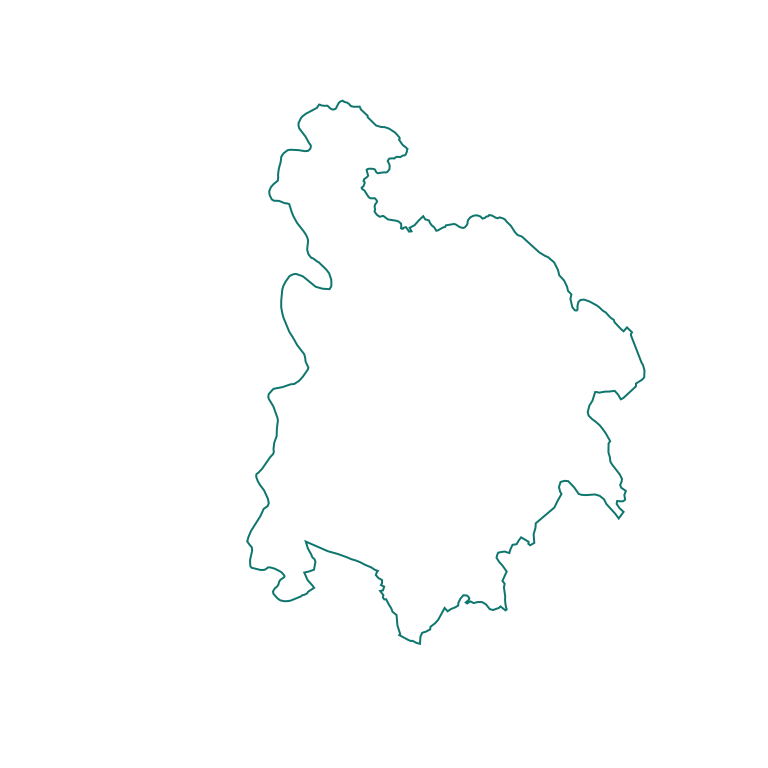 Zozocolco de Hidalgo, Veracruz, Mexico (Equal Earth projection), rotated 139°
{"feature_id": "50627088B61814303720147", "entity_name": "Zozocolco de Hidalgo", "entity_type": "district", "adm_level": 2, "iso_a3": "MEX", "parent_name": "Mexico", "parent_adm1": "Veracruz", "projection": "equal_earth", "projection_center": [-97.559, 20.128], "detail": "fine", "context": "isolated", "style": "outline", "palette": "teal", "viewbox_px": 768, "rotation_deg": 139, "n_neighbors": 0, "source": "geoboundaries", "source_scale": "gbopen_adm2", "svg_char_len": 6166}
<svg xmlns="http://www.w3.org/2000/svg" viewBox="0 0 768 768"><g transform="rotate(139 384 384)"><path d="M212.1,545.9L212.4,549.1L213.0,551.3L213.0,553.4L212.4,558.5L211.1,558.9L210.6,560.0L210.6,566.3L212.7,573.6L215.0,577.4L217.6,579.9L220.4,584.3L221.3,596.0L220.4,597.1L221.3,606.3L220.4,609.3L224.8,612.9L226.7,615.5L226.7,618.4L227.2,620.5L229.0,623.1L228.9,623.8L229.5,625.1L232.0,625.9L234.1,625.7L239.3,623.6L240.4,623.6L242.5,624.5L243.7,626.9L244.1,631.1L246.3,632.9L248.6,635.4L248.9,636.5L249.7,637.5L253.4,636.4L265.5,639.2L270.1,639.5L272.1,639.2L277.3,637.0L278.9,635.3L280.3,632.5L280.9,622.5L282.5,614.9L282.7,612.1L283.9,610.8L285.3,609.9L288.5,609.8L291.0,611.7L295.0,616.5L300.9,622.2L303.4,623.7L308.7,624.0L312.4,622.9L316.5,619.2L321.4,616.0L324.0,613.9L326.7,611.4L328.3,609.3L330.8,607.1L336.1,607.3L340.1,606.8L344.0,604.9L345.8,602.6L346.6,600.9L347.6,596.9L346.8,594.5L343.1,591.1L340.2,585.4L338.7,584.0L337.5,581.9L341.2,573.5L342.4,569.8L343.9,562.7L344.5,551.6L345.1,547.2L345.7,545.3L346.7,542.8L347.8,541.4L353.7,536.0L355.6,532.3L356.0,530.6L356.1,526.9L355.1,525.3L354.1,520.3L353.4,518.8L352.5,508.0L352.8,503.5L355.4,497.3L358.4,493.6L360.0,492.2L362.9,491.3L368.0,496.4L371.8,502.3L374.5,518.1L375.5,520.2L378.2,524.8L379.9,526.0L382.3,527.0L384.7,527.4L391.5,525.7L395.3,524.2L398.7,522.1L407.0,514.2L411.2,509.4L414.4,504.0L416.4,499.9L421.2,485.6L422.2,479.0L424.0,470.3L424.7,458.7L426.4,455.3L427.8,453.4L428.7,451.7L430.2,446.1L431.7,445.0L434.8,444.2L440.3,442.8L445.9,442.1L451.7,442.9L454.8,445.1L462.8,448.3L470.1,452.6L471.4,452.8L477.6,452.0L479.8,450.2L480.7,448.3L482.2,439.7L486.6,428.4L488.1,426.0L494.0,420.7L499.2,415.1L505.2,411.8L510.0,407.5L511.6,405.1L513.5,403.9L517.9,403.5L531.1,400.1L537.0,399.4L539.0,399.7L540.1,399.2L541.4,397.6L543.0,393.5L543.8,389.5L544.3,382.4L546.9,373.6L549.2,369.6L551.8,368.2L556.7,368.7L563.9,365.4L580.6,360.4L586.6,357.5L590.5,354.9L590.9,350.9L590.9,347.5L592.7,344.8L600.4,339.2L604.0,334.8L604.5,333.6L604.5,332.2L599.2,324.7L597.9,323.5L596.4,322.4L595.3,321.9L591.8,321.6L590.2,320.2L587.7,316.5L585.2,310.3L584.8,308.5L584.9,305.2L585.2,304.2L586.0,303.7L590.9,304.2L592.9,303.5L595.3,301.9L597.3,301.3L600.5,301.4L603.8,300.3L605.1,298.3L605.0,292.0L604.2,288.7L602.0,285.8L600.3,284.2L596.9,281.9L586.1,278.2L584.3,278.2L582.3,277.1L580.3,276.6L579.0,276.5L577.5,277.0L570.4,276.0L570.2,279.3L570.3,286.2L567.9,294.0L563.6,291.7L558.7,289.8L552.3,294.9L551.4,297.4L551.8,300.1L550.7,303.3L549.3,309.9L546.4,316.4L536.1,294.7L530.3,285.9L525.2,276.7L523.7,273.4L521.0,269.2L518.9,265.1L516.8,259.7L514.0,254.1L512.8,249.8L511.3,247.0L513.0,246.6L515.5,245.2L515.5,241.2L514.1,237.3L516.1,235.0L518.2,234.2L516.8,231.0L520.2,228.9L522.7,230.3L523.0,225.0L524.9,223.7L525.1,221.2L523.6,220.1L525.0,214.6L525.7,210.0L527.0,206.5L526.1,201.4L532.3,192.9L535.8,184.7L537.2,184.5L533.6,174.9L532.4,172.5L530.9,171.4L529.3,167.2L527.3,164.3L522.4,169.3L518.7,171.1L516.9,170.6L515.2,169.7L510.1,168.5L508.2,170.3L502.3,169.9L497.7,170.5L485.2,175.2L485.1,170.7L480.9,170.2L477.1,168.8L473.4,168.1L471.5,170.0L467.3,171.8L462.7,172.5L460.2,170.0L459.9,167.9L460.4,166.0L462.3,165.4L465.6,165.5L465.2,163.8L461.4,163.3L460.1,159.9L456.1,157.8L453.0,155.0L451.6,150.7L451.9,144.8L450.0,141.9L444.1,139.6L442.0,139.7L440.9,133.6L439.4,133.3L437.9,136.3L436.0,139.3L433.9,142.1L432.0,144.0L426.8,152.0L424.0,154.0L423.8,157.7L414.4,162.0L413.7,169.6L413.8,174.2L413.1,179.0L411.1,180.5L408.5,181.8L405.6,180.2L402.9,178.4L400.3,174.2L397.6,176.0L392.5,178.3L389.0,176.1L385.0,177.5L381.1,178.3L378.4,170.0L379.9,168.7L379.5,166.4L374.8,165.5L369.7,172.4L364.0,176.1L360.9,179.3L336.5,179.0L329.9,181.8L322.3,184.5L321.6,187.5L319.5,191.5L315.0,194.2L311.3,192.5L308.7,189.8L308.3,181.1L309.2,173.3L307.4,170.5L304.3,167.5L297.3,162.3L294.6,158.1L293.6,152.7L294.9,147.5L294.6,134.4L295.1,128.5L287.1,130.3L287.7,135.7L287.1,140.9L284.8,142.7L282.1,139.9L280.3,138.6L277.9,138.5L275.4,142.6L271.6,144.6L273.0,150.1L272.0,152.9L268.7,154.5L266.7,156.1L265.4,161.1L264.7,173.4L264.1,176.9L261.6,180.5L259.5,185.1L253.5,191.8L250.8,192.5L249.0,201.3L248.5,205.9L248.3,211.3L248.9,216.1L250.0,221.2L250.3,225.9L248.7,229.1L243.1,233.0L237.7,234.6L229.9,239.4L228.6,238.2L227.3,236.3L222.3,233.3L218.8,230.4L214.4,227.5L214.3,222.3L215.3,217.1L212.8,216.4L195.5,216.9L193.5,219.0L186.0,217.9L183.3,218.3L178.7,223.1L176.2,228.1L175.5,231.5L165.6,258.9L164.6,259.8L162.9,260.3L163.5,267.3L168.6,266.6L169.1,269.9L169.5,279.4L168.5,281.5L169.3,284.5L169.6,287.0L169.7,292.4L170.8,296.0L171.2,300.8L171.9,303.8L174.8,311.5L177.6,316.4L180.5,318.5L183.3,318.4L186.8,316.0L189.0,313.3L190.2,313.0L191.6,314.3L191.5,318.3L187.5,325.9L183.8,328.7L184.0,333.7L182.0,337.3L180.2,344.0L180.4,351.0L177.8,356.2L175.8,364.2L177.0,372.2L178.4,375.0L180.5,381.7L183.2,404.8L185.4,408.7L185.6,412.2L184.5,420.0L184.9,425.9L184.8,428.9L185.5,430.8L187.4,433.9L189.5,434.5L190.6,436.3L191.9,440.1L193.7,442.5L195.1,442.2L197.1,443.3L198.6,443.1L201.1,444.2L201.4,447.3L202.9,450.0L204.7,451.5L206.7,452.5L209.5,453.1L212.5,452.7L214.3,451.8L215.7,450.3L217.3,449.6L220.3,449.2L222.1,450.0L223.9,452.7L225.1,457.1L226.1,458.8L233.2,463.1L234.9,462.4L236.7,463.4L242.2,464.5L244.0,465.3L243.3,469.3L243.9,472.6L243.6,475.6L242.8,478.0L244.9,481.3L244.3,484.9L249.6,484.7L256.8,483.8L262.2,485.1L263.1,481.2L265.1,482.5L264.5,488.0L266.9,489.1L268.1,488.8L269.0,490.3L267.0,492.2L265.9,493.9L266.4,497.1L267.5,499.0L273.1,505.7L274.2,511.1L275.2,511.9L277.5,513.0L278.4,516.5L278.0,520.4L276.2,521.6L274.8,524.0L272.8,525.4L270.8,525.7L269.4,526.4L269.0,528.0L269.1,530.3L272.0,532.6L272.7,533.8L272.9,535.8L271.8,542.9L272.6,545.6L272.0,546.9L269.9,546.7L266.6,548.4L266.1,549.7L266.4,550.4L264.7,551.6L260.9,551.3L259.3,551.6L256.7,557.0L255.4,557.0L253.5,555.9L250.8,553.2L250.2,551.8L250.9,548.7L250.4,547.1L246.2,544.5L243.4,542.2L242.5,541.9L239.1,542.4L236.6,544.9L235.6,547.1L235.0,549.8L232.4,550.7L229.9,549.1L228.2,547.4L226.6,547.5L225.1,546.9L222.9,544.6L219.8,544.0L218.4,543.0L217.3,542.9L214.3,544.3L213.7,545.1L212.1,545.9Z" fill="none" stroke="#0f766e" stroke-width="2"/></g></svg>